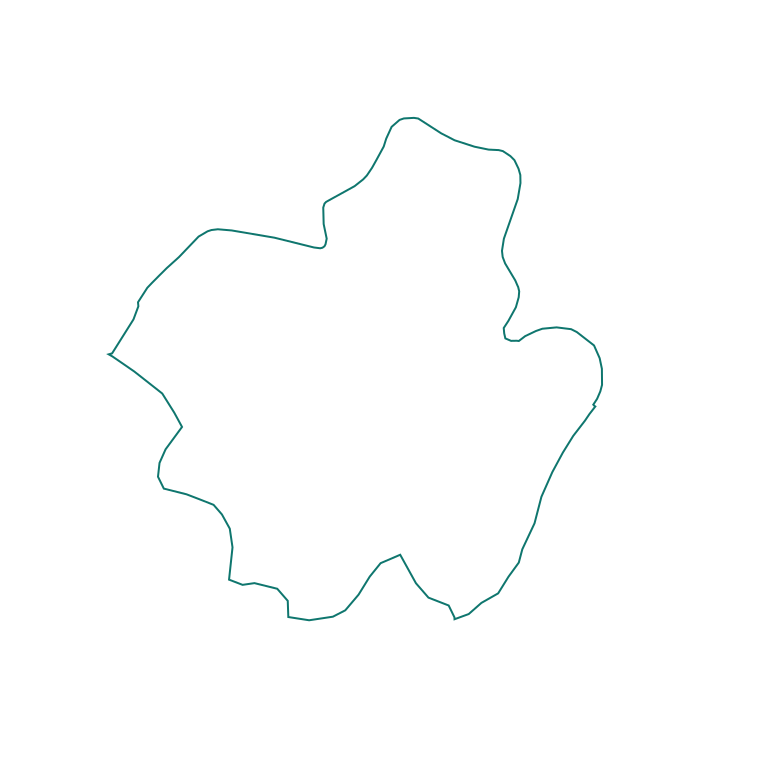 outline of Pyongyang, P'yŏngyang, North Korea, rotated 49°
{"feature_id": "82179303B55999426557094", "entity_name": "Pyongyang", "entity_type": "district", "adm_level": 2, "iso_a3": "PRK", "parent_name": "North Korea", "parent_adm1": "P'yŏngyang", "projection": "albers", "projection_center": [125.792, 39.089], "detail": "fine", "context": "isolated", "style": "outline", "palette": "teal", "viewbox_px": 768, "rotation_deg": 49, "n_neighbors": 0, "source": "geoboundaries", "source_scale": "gbopen_adm2", "svg_char_len": 1761}
<svg xmlns="http://www.w3.org/2000/svg" viewBox="0 0 768 768"><g transform="rotate(49 384 384)"><path d="M181.0,572.3L185.0,570.9L197.8,567.6L210.6,564.3L245.7,557.6L268.0,561.1L274.4,562.5L283.9,564.6L290.0,591.7L296.3,605.2L305.7,615.4L318.5,618.8L337.7,605.4L350.5,598.6L363.4,591.9L376.1,591.9L392.0,595.3L407.9,605.5L430.0,629.3L442.8,622.5L449.3,612.4L468.5,598.9L484.5,598.9L497.1,609.1L513.2,595.5L526.1,575.2L529.4,561.7L526.3,541.4L520.0,521.1L517.0,504.1L523.5,483.8L539.4,487.2L555.3,490.6L574.4,490.6L593.6,480.5L606.3,483.9L607.8,485.1L613.2,471.0L613.1,454.1L616.9,435.2L611.1,416.4L607.2,399.4L599.5,388.1L587.9,361.8L572.4,339.2L560.9,314.7L553.1,294.0L547.3,275.2L543.5,256.3L541.5,248.8L539.6,239.3L538.9,239.5L536.9,239.6L535.0,232.9L531.5,225.6L527.7,220.0L515.5,209.6L506.0,204.3L492.7,200.2L471.3,204.4L465.4,206.8L454.5,216.6L446.2,228.2L443.7,234.5L440.5,246.0L440.0,254.0L438.3,255.6L434.8,259.8L429.2,262.5L424.7,260.1L420.3,256.9L418.0,248.8L412.6,234.1L406.9,225.4L402.8,221.2L398.8,219.1L397.3,218.7L392.0,217.0L372.5,213.5L366.0,211.1L360.9,207.6L353.0,198.2L332.2,161.8L330.9,160.2L321.9,149.2L315.7,144.0L309.7,141.2L300.6,138.7L294.9,139.1L286.2,141.5L282.7,144.0L275.7,151.3L264.3,160.0L246.4,170.8L232.3,176.4L206.1,184.0L202.8,186.8L196.6,194.8L194.9,199.0L194.9,209.5L200.3,221.4L204.6,228.4L209.9,242.6L213.0,251.2L215.4,260.2L215.9,265.5L215.4,276.3L208.6,308.1L208.8,310.5L211.0,314.1L223.7,324.6L236.7,331.9L240.2,336.5L241.0,338.6L240.8,341.0L239.7,343.1L235.0,347.3L201.7,370.7L168.2,398.2L158.2,407.9L154.6,413.2L153.0,417.0L151.1,427.2L153.7,455.5L154.0,471.9L154.7,482.4L155.5,493.2L156.1,499.5L160.9,516.0L164.2,518.4L170.9,530.7L182.5,569.1L181.0,572.3Z" fill="none" stroke="#0f766e" stroke-width="2"/></g></svg>